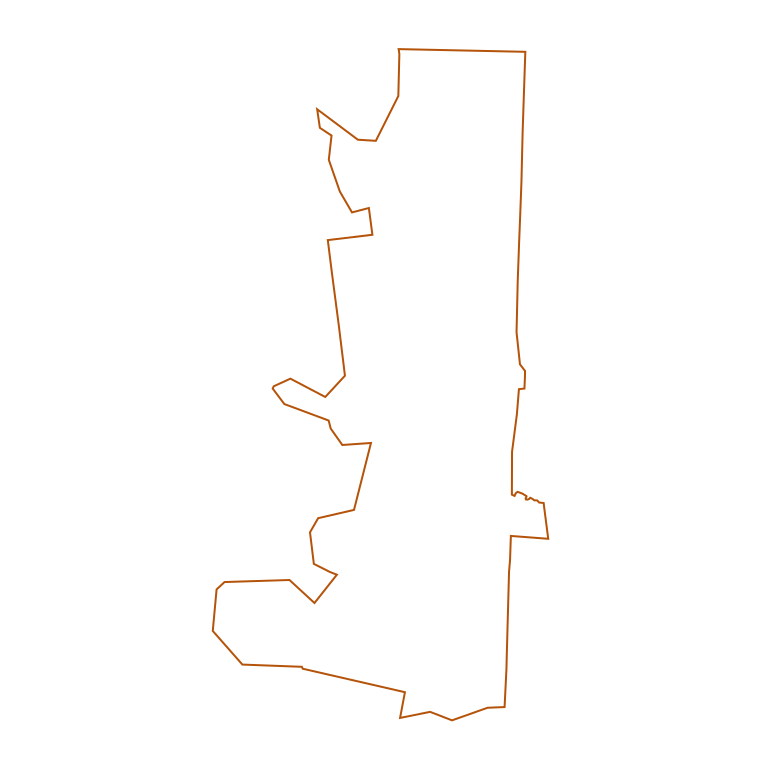 outline of Hampden, Massachusetts, United States of America, rotated 271°
{"feature_id": "52423323B82042063785598", "entity_name": "Hampden", "entity_type": "district", "adm_level": 2, "iso_a3": "USA", "parent_name": "United States of America", "parent_adm1": "Massachusetts", "projection": "mercator", "projection_center": [-72.662, 42.171], "detail": "fine", "context": "isolated", "style": "outline", "palette": "amber", "viewbox_px": 768, "rotation_deg": 271, "n_neighbors": 0, "source": "geoboundaries", "source_scale": "gbopen_adm2", "svg_char_len": 1284}
<svg xmlns="http://www.w3.org/2000/svg" viewBox="0 0 768 768"><g transform="rotate(271 384 384)"><path d="M63.1,510.2L94.9,511.2L101.5,511.4L116.2,511.5L198.5,512.3L210.3,513.1L234.3,513.5L232.1,550.9L262.1,546.5L267.8,545.7L268.2,541.2L270.3,539.2L270.3,536.3L271.7,534.5L272.8,532.2L271.6,531.1L270.9,529.6L271.1,527.9L272.2,527.6L273.9,528.5L274.4,528.4L276.9,524.1L278.5,519.5L277.2,517.7L274.4,516.5L275.6,513.8L318.4,513.2L356.1,517.4L381.2,519.0L381.9,524.4L381.9,524.5L393.9,524.8L399.5,524.8L406.0,519.6L420.6,517.8L438.2,515.6L451.8,515.7L489.3,515.9L531.6,516.7L553.3,517.2L588.9,517.9L622.2,518.1L637.3,518.2L669.0,518.7L718.6,519.5L719.1,392.8L714.1,393.6L672.2,393.3L627.0,371.6L627.8,353.6L657.5,312.4L639.0,315.4L631.5,327.2L607.2,324.9L577.0,336.0L575.5,336.6L555.0,349.0L559.7,365.8L533.0,369.8L526.9,325.3L496.1,329.7L441.0,337.9L425.2,340.1L406.7,342.7L391.6,344.8L370.0,325.5L387.7,290.3L379.8,273.8L377.5,272.8L362.2,284.7L346.5,329.3L338.5,331.5L322.3,343.4L324.8,372.0L257.6,356.2L248.7,320.5L234.4,312.6L202.9,317.0L195.1,333.2L192.5,340.2L163.8,318.3L186.4,292.9L183.2,228.0L175.7,220.2L134.1,217.1L101.0,247.3L99.8,306.8L97.9,307.7L76.2,410.3L50.4,405.9L57.0,435.8L48.9,457.9L62.1,493.2L63.1,510.2Z" fill="none" stroke="#b45309" stroke-width="2"/></g></svg>